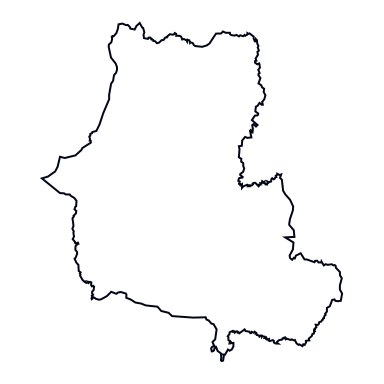 outline of Phon Thong, Roi Et, Thailand
{"feature_id": "78962969B17722386681463", "entity_name": "Phon Thong", "entity_type": "district", "adm_level": 2, "iso_a3": "THA", "parent_name": "Thailand", "parent_adm1": "Roi Et", "projection": "robinson", "projection_center": [103.964, 16.293], "detail": "fine", "context": "isolated", "style": "outline", "palette": "ink", "viewbox_px": 384, "rotation_deg": 0, "n_neighbors": 0, "source": "geoboundaries", "source_scale": "gbopen_adm2", "svg_char_len": 5917}
<svg xmlns="http://www.w3.org/2000/svg" viewBox="0 0 384 384"><path d="M122.4,23.6L118.6,24.3L117.7,29.5L116.3,33.2L113.9,36.0L112.6,36.0L112.7,36.7L111.8,37.0L112.1,39.2L111.3,42.4L108.9,44.5L108.7,46.9L111.0,57.6L115.7,63.6L117.0,67.2L117.0,69.9L116.0,72.9L114.0,75.2L113.1,80.8L111.1,83.7L109.1,95.0L109.2,99.1L103.2,113.3L99.6,124.3L96.4,130.9L92.3,132.1L92.0,133.2L90.3,133.9L90.3,135.7L89.3,136.5L90.1,139.5L89.7,140.6L90.7,140.9L90.8,142.7L82.4,148.0L81.4,150.0L75.4,155.4L64.8,158.0L60.0,156.8L57.6,166.8L55.1,171.5L47.9,176.6L41.9,178.4L60.0,193.1L64.1,193.3L65.5,194.4L69.8,194.5L70.7,195.8L74.3,197.9L76.5,200.9L76.1,206.3L75.3,206.8L74.5,209.3L76.3,210.9L75.9,213.5L73.5,215.8L73.8,216.6L72.5,218.3L73.5,225.9L72.4,228.8L73.8,231.5L73.4,232.8L74.0,236.6L72.7,239.2L74.9,241.7L74.9,242.8L75.9,243.3L77.9,242.6L78.4,243.8L76.4,244.4L76.6,245.1L75.5,246.2L75.4,249.9L76.9,251.7L77.2,253.6L75.6,257.7L74.6,258.7L76.4,262.7L78.4,264.9L78.7,270.9L80.6,272.4L79.8,273.6L80.5,274.6L80.1,275.6L82.4,279.7L84.1,281.5L85.3,281.4L84.9,282.0L86.2,282.9L87.3,282.3L88.0,282.8L88.2,282.0L88.9,282.7L89.6,281.9L91.3,282.3L91.1,285.2L92.0,286.4L93.1,285.8L94.1,286.6L93.6,290.1L92.2,291.5L92.1,293.5L93.1,294.8L91.8,295.7L92.3,297.4L91.5,298.2L91.8,299.1L93.7,297.3L96.0,298.9L99.1,299.7L101.1,299.3L106.9,296.1L111.2,291.8L116.3,293.8L118.1,292.5L120.7,292.0L125.8,293.5L126.4,294.4L126.3,297.8L130.5,299.4L135.3,302.5L141.3,303.6L145.7,305.4L157.5,306.7L161.3,311.0L168.6,312.8L172.1,316.1L193.1,317.6L205.7,317.3L206.4,319.5L208.8,320.5L211.4,323.6L213.6,324.2L216.6,329.4L215.2,339.3L212.5,342.1L214.1,345.6L211.8,347.2L211.1,348.7L211.8,351.4L212.7,351.3L213.9,350.5L215.0,346.7L215.9,346.7L217.6,350.9L220.9,353.4L221.3,357.6L220.9,360.2L221.6,361.0L223.1,360.6L223.9,355.5L223.2,354.5L225.0,354.7L228.0,349.5L229.6,350.7L231.7,349.6L233.4,346.5L233.4,342.9L231.6,343.1L230.8,341.9L230.3,343.4L229.5,343.5L230.0,341.4L228.4,340.1L228.4,337.1L227.7,336.3L229.5,334.0L229.6,332.3L232.7,330.9L233.0,331.8L234.0,331.3L234.7,332.7L236.0,331.4L237.3,331.4L237.6,332.6L238.5,332.2L239.3,333.3L244.6,329.4L245.5,331.0L249.3,331.7L250.4,333.2L251.2,333.0L251.6,331.8L253.7,332.7L254.6,331.7L256.2,332.9L255.7,333.8L256.7,334.0L256.8,335.0L258.8,335.4L259.4,336.6L260.5,335.5L261.7,335.5L261.8,336.7L262.2,336.1L264.8,336.7L264.4,338.0L265.5,337.9L265.8,338.5L266.4,337.8L267.1,339.6L269.0,339.0L268.8,340.6L269.7,341.1L272.9,340.1L273.8,340.8L273.9,342.5L275.6,343.5L278.1,343.6L276.9,342.7L277.1,341.8L278.9,340.2L282.0,339.6L282.5,338.4L284.6,337.5L284.5,338.4L285.8,338.2L286.0,339.2L286.8,338.7L290.9,340.0L291.9,339.4L294.1,340.4L294.9,340.0L296.5,343.4L298.6,344.9L299.4,344.4L302.5,346.1L303.3,344.3L304.6,344.9L306.0,342.6L305.9,340.8L309.3,340.4L308.8,338.6L311.8,336.0L312.4,334.0L313.9,333.5L314.0,331.9L314.8,331.4L314.0,330.5L314.2,329.3L315.0,329.3L315.0,328.4L316.4,327.3L315.7,324.7L317.9,324.9L318.9,323.8L319.2,322.2L321.3,321.5L322.0,320.1L322.8,319.8L323.0,318.5L324.0,318.2L324.3,316.1L325.6,314.9L325.1,313.9L326.9,311.6L326.9,307.9L329.8,306.3L332.2,299.9L334.5,299.4L335.3,300.8L337.9,301.2L340.8,300.8L342.1,293.5L339.9,289.6L339.9,285.3L341.8,278.2L340.0,275.4L339.9,272.0L335.9,267.8L335.7,266.0L334.8,265.1L333.5,265.4L331.9,264.3L327.7,264.8L325.6,264.2L323.8,265.4L321.5,261.5L321.3,262.5L318.5,262.4L317.2,260.8L316.3,260.7L315.1,260.9L314.5,262.2L306.9,259.5L304.5,259.4L300.7,253.3L295.9,255.6L294.8,258.4L293.9,257.8L292.1,259.8L290.1,258.1L289.6,255.6L292.9,249.4L293.5,242.5L285.2,237.4L294.4,236.9L293.8,230.3L289.3,225.0L289.2,223.8L290.0,219.0L292.8,210.6L293.2,206.6L290.1,199.8L285.4,194.5L283.1,190.7L281.9,179.8L280.0,177.8L281.1,174.5L279.7,175.1L277.2,173.7L277.0,175.0L275.8,175.7L276.3,177.1L275.3,177.4L274.4,179.0L273.6,179.3L272.2,178.2L271.4,179.0L271.1,181.5L268.9,182.1L267.4,181.5L268.1,183.0L267.2,183.4L267.1,184.5L265.5,184.4L265.1,183.3L264.0,183.0L264.4,181.7L263.5,182.2L262.2,181.2L261.7,183.4L260.3,183.2L260.6,184.5L258.8,184.7L259.4,185.4L258.6,186.3L255.3,182.8L253.9,182.9L252.7,183.5L253.1,184.3L251.6,185.5L249.9,185.3L249.9,186.2L247.8,186.3L247.9,185.1L247.2,184.7L243.1,186.5L242.0,187.8L242.0,184.2L241.3,184.7L240.6,184.1L240.3,184.7L240.0,183.9L239.7,184.5L239.0,183.8L239.7,181.5L238.3,180.9L238.8,178.8L239.4,178.0L242.4,177.6L242.7,176.9L240.3,175.1L240.2,174.1L243.2,171.8L244.2,168.3L243.3,166.3L243.2,163.1L241.2,161.7L241.3,158.8L238.9,157.3L239.5,149.1L238.9,146.2L241.8,145.8L242.2,140.5L245.1,136.9L247.4,137.9L251.4,137.4L250.0,130.8L250.7,130.1L251.7,132.4L252.5,132.5L252.9,128.8L252.2,125.2L253.4,124.2L256.0,126.5L257.5,125.0L251.9,120.1L254.9,115.6L257.5,115.4L258.2,114.4L258.1,113.4L255.3,111.4L255.9,106.7L257.7,105.7L259.5,102.9L261.8,104.8L262.8,104.7L262.2,101.9L264.3,99.2L265.4,95.3L263.7,92.0L264.1,88.7L262.1,87.4L261.3,85.3L258.5,83.4L260.4,78.0L258.4,75.1L258.6,73.8L259.6,73.1L258.3,69.7L259.9,67.7L259.5,64.4L259.1,63.4L257.2,64.3L255.1,62.7L255.0,61.2L256.4,60.7L255.6,58.6L258.0,54.6L257.4,51.9L258.9,50.5L257.7,47.5L258.4,45.9L257.3,43.7L256.9,40.2L255.9,39.1L255.6,41.3L254.8,41.3L253.7,38.8L253.7,36.6L249.5,33.4L248.3,33.9L247.4,33.2L247.3,34.6L245.1,35.8L244.5,35.0L243.1,36.2L240.2,35.3L239.0,36.4L236.3,34.9L234.5,35.6L231.4,35.1L230.1,34.3L229.9,32.8L225.7,32.8L223.0,31.5L221.0,33.5L216.0,33.6L209.5,43.5L206.8,45.4L202.3,46.8L195.4,46.1L193.9,45.2L192.9,43.2L190.4,42.2L190.0,42.8L189.3,40.3L187.4,39.7L187.1,41.5L186.5,40.4L183.9,39.0L182.2,39.5L181.2,36.7L179.5,35.8L176.2,35.8L176.2,33.9L174.8,33.0L174.0,34.3L172.8,34.7L169.9,34.2L166.8,36.8L167.0,37.3L165.1,37.7L163.6,39.9L161.6,40.2L159.1,42.6L156.9,43.2L155.1,41.2L153.3,40.9L153.3,40.2L151.3,38.5L151.1,39.0L150.0,37.5L148.5,37.7L147.9,38.9L144.0,38.1L143.5,34.7L144.3,32.5L144.1,31.4L143.1,27.9L142.3,27.7L139.7,23.0L136.4,26.0L134.7,29.5L130.3,28.6L130.0,27.2L127.8,24.9L126.3,25.2L122.4,23.6Z" fill="none" stroke="#020617" stroke-width="2"/></svg>